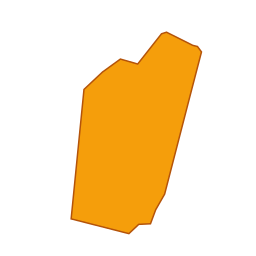 the district of Vance, North Carolina, United States of America, rotated 195°
{"feature_id": "52423323B47180624843803", "entity_name": "Vance", "entity_type": "district", "adm_level": 2, "iso_a3": "USA", "parent_name": "United States of America", "parent_adm1": "North Carolina", "projection": "robinson", "projection_center": [-78.426, 36.354], "detail": "fine", "context": "isolated", "style": "filled", "palette": "amber", "viewbox_px": 256, "rotation_deg": 195, "n_neighbors": 0, "source": "geoboundaries", "source_scale": "gbopen_adm2", "svg_char_len": 381}
<svg xmlns="http://www.w3.org/2000/svg" viewBox="0 0 256 256"><g transform="rotate(195 128 128)"><path d="M159.4,25.5L109.1,26.1L106.9,26.1L99.8,26.2L92.7,37.7L81.5,41.3L80.1,56.2L75.5,73.6L76.4,175.8L76.7,220.5L82.0,224.7L86.9,224.6L115.6,230.5L120.0,227.7L135.2,192.3L153.2,192.6L167.1,175.5L180.5,153.9L159.4,25.5Z" fill="#f59e0b" stroke="#b45309" stroke-width="1.5"/></g></svg>